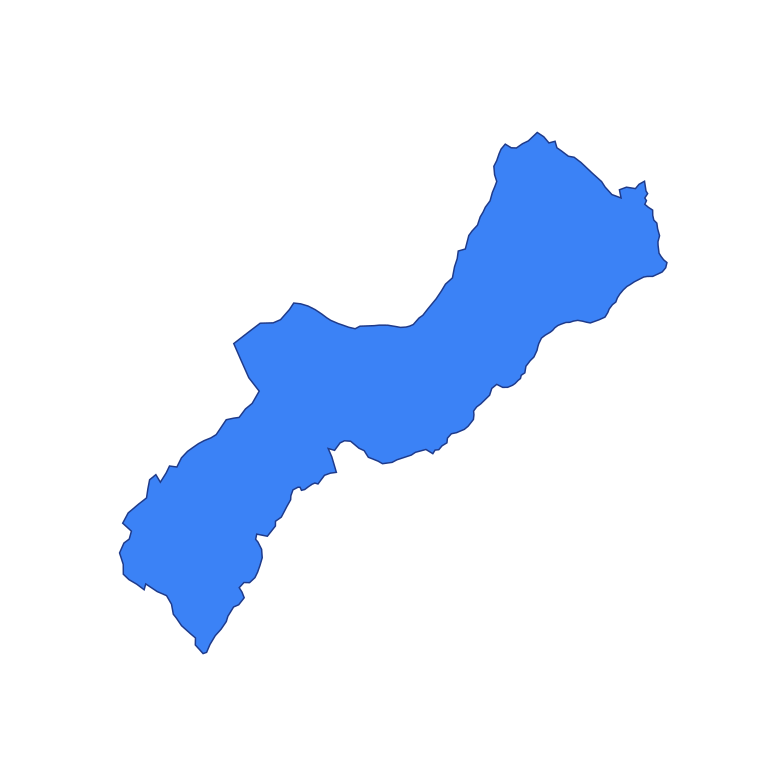 Xerovounos, Nicosia, Cyprus, rotated 220°
{"feature_id": "46923920B79378418277595", "entity_name": "Xerovounos", "entity_type": "district", "adm_level": 2, "iso_a3": "CYP", "parent_name": "Cyprus", "parent_adm1": "Nicosia", "projection": "natural_earth1", "projection_center": [32.72, 35.13], "detail": "fine", "context": "isolated", "style": "filled", "palette": "blue", "viewbox_px": 768, "rotation_deg": 220, "n_neighbors": 0, "source": "geoboundaries", "source_scale": "gbopen_adm2", "svg_char_len": 3388}
<svg xmlns="http://www.w3.org/2000/svg" viewBox="0 0 768 768"><g transform="rotate(220 384 384)"><path d="M494.7,109.4L482.9,108.9L479.5,101.5L481.0,95.0L478.0,84.6L473.2,81.6L467.8,78.2L461.4,70.7L453.6,70.2L444.8,71.7L435.5,72.2L438.0,77.7L424.3,79.2L414.5,82.1L405.2,78.7L397.4,72.2L392.5,71.2L383.7,68.7L371.5,68.3L365.2,68.3L360.8,62.8L349.3,61.2L347.4,64.4L349.9,72.7L351.5,82.8L351.2,91.4L352.1,100.6L354.3,105.7L355.9,116.5L353.4,121.5L353.7,130.4L359.0,133.3L364.0,134.9L363.7,141.9L359.3,145.4L358.4,152.7L359.9,158.7L362.4,165.3L365.6,172.6L371.5,178.7L379.0,181.9L382.5,182.5L385.0,187.2L375.5,192.4L375.9,205.4L378.9,209.1L377.1,216.0L378.5,222.5L379.7,227.8L381.1,235.3L383.5,238.5L385.7,244.4L383.5,249.7L381.9,250.9L378.9,249.5L376.9,252.2L375.9,256.6L374.7,260.9L373.3,263.7L370.3,265.0L370.9,275.8L367.8,281.2L363.7,285.7L371.2,290.7L377.1,294.6L385.3,298.7L379.2,301.4L379.8,310.6L377.8,315.1L372.8,318.7L367.5,318.7L361.9,318.7L356.3,320.2L352.7,319.0L348.9,317.8L344.5,319.3L338.9,321.1L333.9,322.0L327.4,329.2L325.4,334.2L317.4,347.1L316.0,351.9L309.8,360.8L301.8,362.0L302.4,366.2L299.8,368.9L299.8,374.0L298.0,379.4L300.6,383.3L300.4,389.2L297.1,393.4L295.6,396.4L293.3,400.9L292.4,405.7L292.7,414.3L295.3,418.2L298.0,420.9L298.3,426.0L297.1,431.1L295.9,443.3L298.6,449.9L297.4,456.2L290.9,457.7L287.1,461.0L284.7,465.7L283.9,468.7L283.6,472.9L283.0,475.9L284.5,478.9L283.3,483.1L286.7,488.8L287.0,495.9L286.5,501.0L288.4,508.1L290.1,511.4L291.4,514.4L292.9,520.4L291.9,525.0L289.9,530.7L289.3,533.6L289.3,536.8L288.4,540.6L286.8,543.7L284.2,548.1L281.4,550.6L279.3,554.0L276.5,557.3L272.2,559.8L268.6,561.5L265.2,563.4L260.6,571.3L257.7,577.3L258.5,582.6L259.7,586.2L260.0,591.6L259.1,595.8L260.6,600.0L261.2,604.5L261.2,609.9L260.6,614.9L259.4,618.2L257.9,623.3L255.6,628.7L253.8,632.9L251.5,635.6L247.3,639.2L242.9,648.7L242.9,654.1L245.3,658.9L249.7,658.9L253.8,659.8L257.4,661.0L260.3,663.7L263.2,666.4L265.6,669.1L268.2,674.7L274.2,678.8L278.4,682.6L282.7,683.0L286.5,685.9L290.0,689.9L295.1,689.3L299.7,689.3L300.8,693.2L303.8,694.1L304.4,699.3L307.4,700.3L310.8,703.3L314.8,706.8L317.0,700.9L317.0,695.3L324.8,690.6L328.5,684.1L322.0,678.9L331.2,675.6L341.3,677.0L347.3,678.9L360.2,679.4L375.4,680.3L384.1,679.9L389.2,677.0L397.9,676.6L403.4,676.1L409.0,679.9L412.6,674.7L420.5,676.1L428.3,675.2L429.7,663.0L432.4,657.0L434.3,649.9L438.4,646.7L445.3,645.7L445.3,639.2L443.9,634.5L441.2,627.5L439.8,621.4L433.8,615.4L427.8,611.6L426.0,606.5L424.1,600.4L420.5,592.5L420.0,584.5L418.6,579.4L417.7,573.8L414.5,565.8L414.9,557.9L414.5,552.3L408.5,539.7L412.6,533.6L408.5,527.1L405.3,519.1L399.8,509.3L401.1,500.0L399.8,492.0L398.8,482.7L398.7,469.9L398.4,461.6L399.6,457.1L399.8,448.4L401.6,444.8L403.7,441.8L407.8,437.9L411.9,435.6L419.0,431.4L425.5,426.0L429.0,422.4L439.6,412.8L441.6,407.8L447.5,404.8L454.0,402.4L457.8,400.9L465.8,398.5L470.5,397.9L476.4,397.6L484.6,396.7L492.3,394.9L499.3,391.9L505.2,388.0L504.3,380.3L504.6,366.8L508.2,359.6L517.9,351.0L520.5,339.6L525.1,318.4L509.4,310.6L491.6,301.9L475.0,298.3L472.5,284.4L474.1,275.8L473.5,265.3L477.2,261.2L481.9,255.2L480.0,237.4L482.0,231.4L485.4,225.0L487.8,219.0L489.8,211.6L491.2,206.1L491.7,197.2L489.3,187.3L495.6,183.3L493.7,175.9L492.2,165.0L500.5,167.9L502.0,160.0L497.6,152.1L492.7,144.1L494.7,134.7L497.1,120.8L494.7,109.4Z" fill="#3b82f6" stroke="#1e3a8a" stroke-width="1.5"/></g></svg>